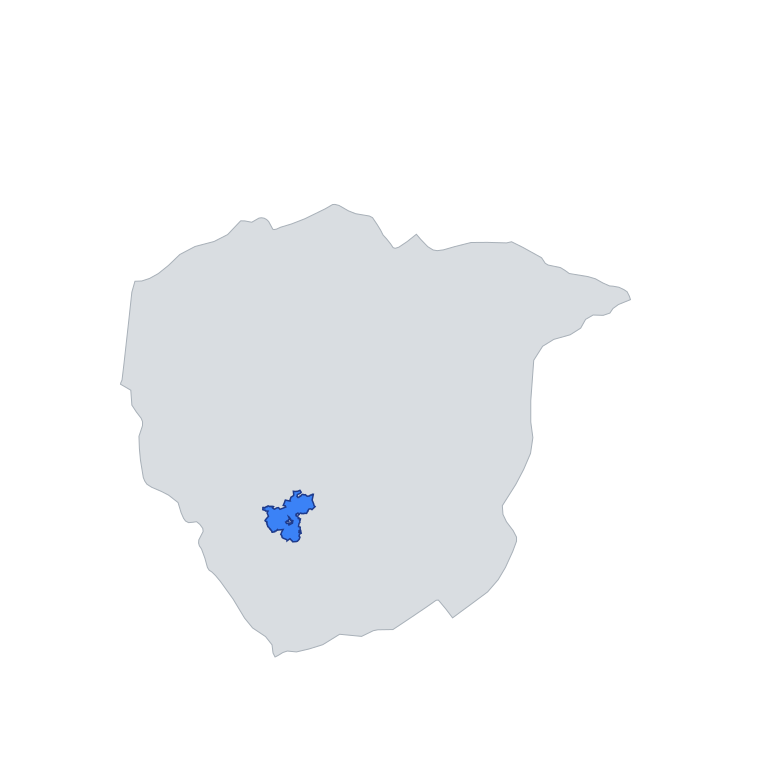 Marondera, Mashonaland East, Zimbabwe shown in context, rotated 144°
{"feature_id": "62879985B19621940565976", "entity_name": "Marondera", "entity_type": "district", "adm_level": 2, "iso_a3": "ZWE", "parent_name": "Zimbabwe", "parent_adm1": "Mashonaland East", "projection": "orthographic", "projection_center": [31.543, -18.251], "detail": "fine", "context": "in_parent", "style": "filled", "palette": "blue", "viewbox_px": 768, "rotation_deg": 144, "n_neighbors": 0, "source": "geoboundaries", "source_scale": "gbopen_adm2", "svg_char_len": 7230}
<svg xmlns="http://www.w3.org/2000/svg" viewBox="0 0 768 768"><g transform="rotate(144 384 384)"><path d="M525.1,613.5L519.4,609.7L511.6,607.2L501.7,606.0L488.8,606.6L473.0,608.8L456.0,606.3L437.8,599.2L422.7,596.8L404.8,600.1L404.0,600.2L400.8,597.8L395.9,592.6L387.6,591.7L385.4,590.5L383.5,588.6L382.3,586.1L381.8,583.3L383.0,574.5L382.2,573.6L380.0,572.5L375.5,571.6L364.6,567.8L350.9,564.2L328.7,560.3L320.1,559.4L318.1,558.1L315.5,555.0L311.0,545.0L306.9,538.5L297.1,528.5L295.5,525.3L295.8,517.2L296.3,510.6L297.2,505.1L296.6,499.9L296.3,493.4L296.5,489.0L295.2,487.2L291.7,486.0L281.8,485.6L269.8,486.1L269.3,479.5L267.9,469.4L265.5,463.6L262.6,460.6L257.1,457.6L245.8,453.5L230.4,447.3L217.1,437.8L201.9,426.1L197.2,424.1L191.3,412.8L182.3,393.5L182.6,386.9L181.3,383.8L172.8,374.4L170.8,369.5L169.2,364.5L155.7,350.8L151.1,344.8L147.5,337.0L143.9,330.8L141.0,328.3L137.1,324.2L134.4,319.3L133.1,315.7L133.9,310.8L135.0,307.4L147.6,310.5L154.4,310.5L159.6,308.6L166.3,310.7L174.3,316.9L182.9,317.8L192.0,313.6L204.5,314.4L220.4,320.3L233.5,321.3L248.9,315.2L262.4,299.2L275.1,284.2L287.6,267.0L295.1,253.1L306.3,241.7L321.2,232.8L336.4,225.3L359.8,216.0L364.4,208.6L365.9,200.6L365.7,189.4L366.8,182.2L369.2,178.9L373.1,176.3L378.2,172.9L393.6,164.2L406.6,158.6L422.4,154.9L439.7,154.7L456.5,154.6L466.0,154.5L466.2,165.2L467.0,177.2L468.9,178.4L481.4,178.6L501.6,179.3L521.1,180.1L533.5,188.8L537.6,190.7L550.5,193.0L567.0,207.6L586.8,209.1L600.4,213.7L612.3,218.7L619.2,224.8L623.6,226.2L629.7,226.7L632.6,227.2L631.9,231.6L627.9,238.8L628.3,249.3L633.7,263.9L634.4,276.6L632.5,298.8L632.4,320.4L632.9,328.1L633.8,333.3L634.9,336.1L634.7,339.3L631.3,348.3L628.6,357.8L628.5,361.6L627.5,364.3L625.5,366.7L617.0,371.0L615.5,373.7L615.5,378.7L616.6,382.8L619.7,384.4L623.6,386.7L625.1,389.8L625.1,393.1L623.8,399.1L620.3,409.1L623.6,420.7L627.4,428.2L632.6,436.9L634.7,442.2L634.6,446.0L633.7,449.8L625.8,465.5L620.0,475.3L613.0,485.7L603.9,492.2L601.5,495.4L600.6,499.0L600.8,506.9L600.4,515.1L592.5,527.8L597.3,538.7L596.2,539.7L593.6,541.2L582.3,553.4L571.0,565.8L562.8,574.8L553.4,585.1L542.9,596.7L534.0,606.5L525.1,613.5Z" fill="#d9dde1" stroke="#a8b0b8" stroke-width="1"/><path d="M520.4,350.5L522.1,347.5L522.6,347.0L523.9,346.9L525.8,347.1L528.5,345.2L528.6,344.5L529.1,344.8L531.8,347.8L531.9,348.0L532.1,348.1L534.2,346.6L536.9,345.0L535.5,343.4L535.8,342.2L538.2,342.8L538.3,342.8L541.8,343.8L542.0,346.0L543.5,346.8L546.2,347.1L546.7,348.4L546.8,348.4L547.0,349.3L545.4,349.7L545.5,349.9L546.0,350.4L546.3,350.6L546.5,350.9L546.8,350.8L546.9,351.0L547.2,351.1L547.3,351.1L547.4,351.4L547.6,351.7L548.0,351.7L548.4,351.8L548.6,352.2L548.8,352.8L549.1,353.1L549.4,353.2L549.5,353.3L549.5,353.5L550.3,353.7L550.9,353.4L551.1,353.6L551.2,353.8L551.4,353.9L551.8,353.9L552.2,354.0L552.4,353.9L552.6,353.9L552.9,353.8L553.1,353.8L553.3,353.8L553.3,354.1L553.4,354.4L553.5,354.5L554.0,354.6L554.2,354.8L554.2,355.1L554.5,355.3L554.8,355.1L554.9,354.7L555.2,354.4L555.8,353.8L555.8,353.7L555.7,353.6L555.7,353.4L555.8,353.3L554.6,351.9L554.3,351.6L554.5,350.9L552.6,349.3L554.4,348.4L555.2,344.9L558.6,344.1L559.9,343.7L560.4,343.6L560.5,343.5L560.5,343.2L560.6,342.8L560.6,342.7L560.4,342.5L560.2,342.2L560.0,341.8L559.7,341.6L559.8,341.2L560.1,341.0L560.3,340.9L560.5,340.8L560.6,340.7L560.4,340.4L560.6,340.2L560.7,339.7L560.9,339.4L561.0,339.3L561.2,339.2L561.3,339.0L561.2,338.4L561.3,338.3L561.3,338.1L561.4,337.9L561.5,337.8L561.6,337.5L561.6,337.3L561.7,337.0L561.8,336.9L561.7,336.6L561.7,336.3L561.5,336.0L561.5,335.5L561.5,335.3L561.5,335.0L561.5,334.8L561.5,334.6L561.5,334.4L561.4,334.3L561.4,334.1L561.6,333.8L561.5,333.7L561.3,333.5L561.2,333.4L561.2,333.2L561.3,333.1L561.3,332.7L561.4,332.3L561.3,332.2L561.4,331.9L561.3,331.7L561.2,331.3L561.2,331.0L561.3,330.8L561.3,330.7L561.5,330.6L561.6,330.3L561.7,330.2L561.6,329.8L561.3,329.6L560.7,329.3L560.4,329.2L560.2,329.2L559.8,329.1L559.7,328.9L559.4,328.7L559.3,328.8L559.1,328.7L559.0,328.8L558.9,328.8L558.7,329.0L558.6,328.9L558.3,328.9L558.1,328.8L557.8,328.6L557.7,328.5L557.4,328.6L557.2,328.7L556.5,328.5L556.3,328.5L556.2,328.7L556.0,328.9L555.7,328.9L555.8,328.3L554.5,327.5L551.2,325.6L552.7,324.9L553.0,324.8L553.2,324.7L554.5,323.9L556.0,322.9L555.9,322.6L555.9,322.4L555.8,322.1L555.8,321.8L555.8,321.5L556.1,321.1L556.1,320.9L556.3,320.3L556.4,320.1L556.5,320.0L556.6,319.7L556.1,318.3L555.5,317.4L554.4,315.6L554.3,314.3L554.5,314.1L551.0,314.1L550.9,313.9L551.0,313.5L550.9,313.1L550.9,312.7L550.8,312.3L550.7,312.0L550.8,311.6L550.6,311.4L550.6,311.2L550.5,310.9L550.6,310.0L547.6,308.1L546.4,307.7L543.9,308.2L542.0,309.5L542.1,310.4L542.2,310.5L542.2,310.8L541.7,311.2L541.6,311.5L541.4,311.6L541.2,311.7L540.4,312.1L540.1,312.1L539.9,312.1L539.7,312.2L539.3,312.2L539.1,312.1L539.1,312.3L538.9,312.3L538.8,312.2L538.7,312.1L538.6,312.3L538.4,312.6L538.3,312.8L538.5,313.4L539.7,313.6L540.1,313.9L540.0,314.0L539.9,314.1L539.6,314.3L539.4,314.6L539.1,314.6L539.1,315.1L538.9,315.3L537.6,314.3L537.1,316.0L535.9,317.4L537.0,318.9L534.6,321.2L533.3,321.5L532.4,323.4L531.8,323.1L530.9,324.0L531.8,324.6L531.4,325.2L532.3,325.7L532.1,325.9L531.7,326.3L531.6,326.5L532.5,328.9L531.7,328.9L531.7,329.6L532.1,329.8L531.8,330.4L529.5,330.2L529.6,329.0L530.0,328.3L529.4,328.3L529.1,328.3L528.7,328.6L528.4,328.7L527.8,328.7L527.7,328.7L527.4,328.6L527.2,328.5L527.0,328.2L526.9,327.9L526.8,327.5L526.7,327.3L526.5,327.2L526.1,327.1L525.8,327.0L525.7,326.8L525.6,326.6L525.4,326.4L525.0,326.4L524.8,326.2L524.5,326.0L524.4,326.0L524.0,326.0L523.8,325.8L523.4,325.3L522.9,324.9L522.6,324.9L522.2,325.0L521.7,325.5L521.3,325.5L521.1,325.6L520.9,325.6L520.6,325.7L520.4,325.7L520.3,325.8L520.3,326.1L520.0,326.1L519.9,326.2L519.9,326.3L519.7,326.4L519.4,326.4L519.1,326.6L518.8,326.8L518.2,326.9L517.8,326.7L517.2,326.5L517.1,326.4L516.9,326.3L516.6,326.0L516.5,325.7L516.5,325.3L516.2,325.0L516.1,324.7L511.8,325.3L511.9,325.8L512.0,326.2L512.1,326.7L511.4,328.3L510.9,330.2L510.4,332.3L506.0,336.3L506.4,336.6L506.7,336.9L506.8,336.9L507.0,336.9L507.2,336.7L507.3,336.6L507.5,336.6L507.9,336.7L508.3,337.2L508.9,337.3L509.2,337.4L509.3,337.4L509.6,337.3L509.8,337.2L510.0,337.3L510.3,337.3L510.5,337.5L510.8,337.6L511.2,337.8L511.5,337.9L511.5,338.0L512.1,338.4L512.2,338.7L512.3,338.8L512.4,339.4L512.5,339.6L512.5,340.1L512.6,340.3L512.6,340.6L512.8,340.7L512.9,340.8L514.0,341.5L514.3,342.2L515.1,342.8L517.5,342.2L517.7,342.7L518.7,342.6L519.6,342.3L520.4,342.9L520.2,343.6L520.5,344.1L519.0,345.5L516.2,344.8L514.6,345.1L514.5,347.4L516.8,347.9L519.1,349.3L520.4,350.5ZM537.9,327.1L540.1,326.7L538.9,326.2L539.2,325.9L539.9,325.2L541.9,325.6L542.0,325.5L543.8,325.8L543.7,326.2L543.2,326.6L543.3,326.8L543.0,327.1L542.7,327.1L543.7,327.7L544.8,328.4L544.8,328.7L544.8,329.4L544.7,329.9L544.7,330.1L544.0,330.0L542.8,330.3L542.7,330.2L543.0,329.5L541.9,328.6L541.8,328.8L541.6,329.3L541.7,329.7L541.3,330.0L541.1,330.3L539.7,330.0L539.6,330.6L539.6,331.3L539.3,332.3L539.2,332.7L539.0,332.0L538.9,331.7L539.0,331.4L539.2,331.0L539.1,330.6L538.9,330.3L539.1,328.8L539.8,328.3L539.7,328.0L539.2,327.9L539.2,327.7L538.9,327.5L538.6,327.1L538.3,327.2L537.5,327.4L537.9,327.1Z" fill="#3b82f6" stroke="#1e3a8a" stroke-width="1.5"/></g></svg>